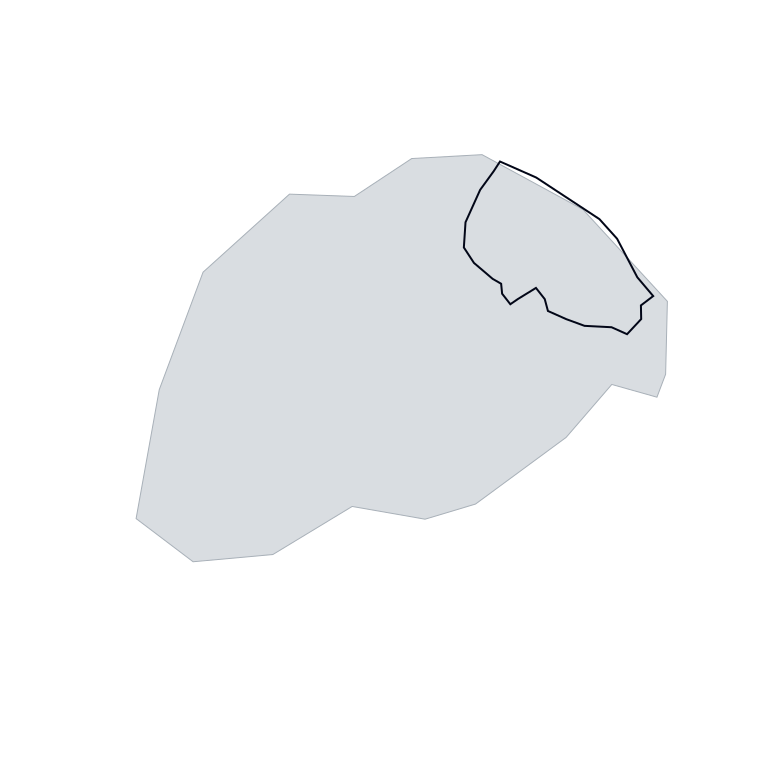 location of Savanne within Mauritius, rotated 223°
{"feature_id": "MUS-5195", "entity_name": "Savanne", "entity_type": "District", "adm_level": 1, "iso_a3": "MUS", "parent_name": "Mauritius", "parent_adm1": "", "projection": "robinson", "projection_center": [57.51, -20.457], "detail": "fine", "context": "in_parent", "style": "outline", "palette": "ink", "viewbox_px": 768, "rotation_deg": 223, "n_neighbors": 0, "source": "natural_earth", "source_scale": "10m", "svg_char_len": 768}
<svg xmlns="http://www.w3.org/2000/svg" viewBox="0 0 768 768"><g transform="rotate(223 384 384)"><path d="M468.7,618.6L357.5,647.3L233.1,637.7L184.7,583.2L175.4,560.5L217.1,539.0L214.4,469.2L235.2,358.6L261.8,313.1L323.8,272.7L349.0,183.5L402.4,123.8L473.5,116.5L544.5,226.6L592.6,342.4L582.6,458.4L533.6,500.9L517.5,567.8L468.7,618.6Z" fill="#d9dde1" stroke="#a8b0b8" stroke-width="1"/><path d="M450.9,625.8L413.5,638.8L338.9,651.5L312.6,649.2L271.5,634.8L247.1,631.9L249.7,616.7L240.2,606.9L240.2,586.2L256.3,580.7L277.0,563.3L295.0,555.7L313.9,549.2L324.3,555.7L338.4,557.9L344.1,537.2L346.0,528.5L359.2,530.6L366.7,537.2L376.2,535.0L400.8,533.9L418.7,538.3L434.7,557.9L446.1,591.6L448.9,614.5L450.9,625.8Z" fill="none" stroke="#020617" stroke-width="2"/></g></svg>